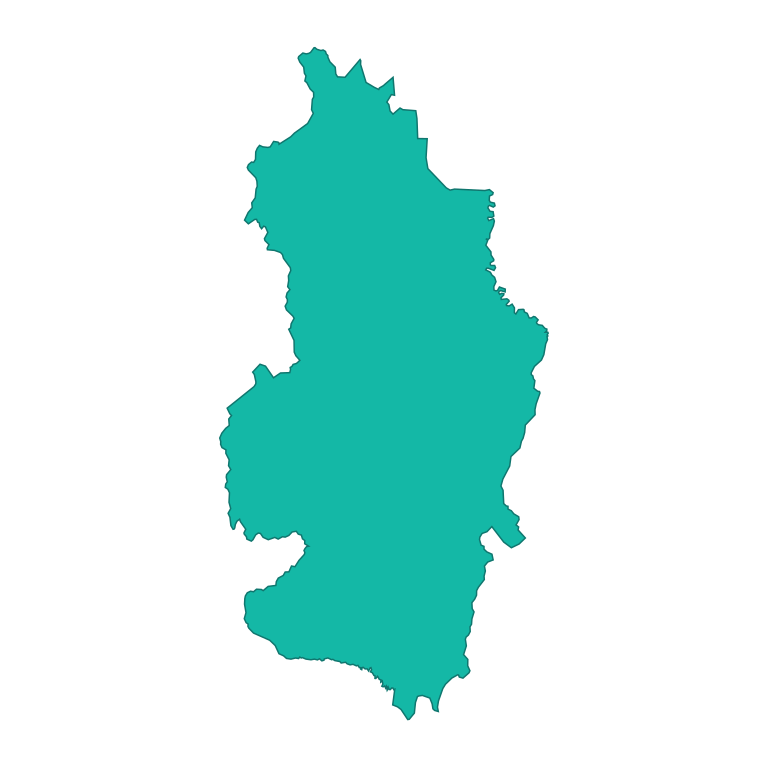 the district of Azangaro, Puno, Peru, rotated 181°
{"feature_id": "86281439B39141147012266", "entity_name": "Azangaro", "entity_type": "district", "adm_level": 2, "iso_a3": "PER", "parent_name": "Peru", "parent_adm1": "Puno", "projection": "robinson", "projection_center": [-70.147, -14.836], "detail": "fine", "context": "isolated", "style": "filled", "palette": "teal", "viewbox_px": 768, "rotation_deg": 181, "n_neighbors": 0, "source": "geoboundaries", "source_scale": "gbopen_adm2", "svg_char_len": 6110}
<svg xmlns="http://www.w3.org/2000/svg" viewBox="0 0 768 768"><g transform="rotate(181 384 384)"><path d="M519.6,146.9L517.7,143.0L515.7,141.6L515.8,139.2L514.8,137.4L510.1,132.7L493.8,125.8L488.2,120.6L484.3,112.5L479.7,110.5L476.7,107.9L472.2,107.3L467.6,108.5L464.6,108.0L463.4,109.5L462.0,108.6L460.8,109.0L457.3,107.6L452.2,107.0L448.8,107.7L445.7,107.0L443.7,108.1L441.3,106.1L439.2,106.8L438.9,108.1L435.3,109.1L431.6,107.4L430.3,107.8L428.4,106.6L423.2,105.7L422.0,104.3L417.5,105.1L416.0,103.6L413.0,102.6L410.1,103.2L406.7,101.7L405.1,102.2L403.7,100.0L402.3,100.0L402.4,98.6L401.3,98.0L400.9,99.9L400.0,100.4L397.9,98.8L395.9,98.9L394.4,96.8L393.0,99.8L392.1,100.2L391.4,98.2L392.6,96.0L390.6,95.1L389.0,92.4L387.8,91.9L387.9,89.5L387.1,89.4L385.3,91.6L383.5,88.5L381.9,88.2L382.0,85.9L380.6,87.1L379.9,84.0L380.9,81.8L379.6,81.2L378.0,82.1L377.1,80.0L376.3,81.7L375.5,77.9L374.6,79.6L375.2,80.9L374.7,81.5L373.5,78.6L372.3,78.6L371.0,80.2L369.7,80.1L368.9,78.5L367.9,79.0L369.7,63.3L364.9,61.5L361.3,58.9L354.4,48.9L352.9,49.2L347.9,55.5L347.0,66.1L345.1,72.1L343.7,72.7L340.2,73.3L332.7,70.8L330.3,65.1L329.4,60.1L327.7,58.5L324.0,57.5L324.9,61.9L324.0,68.1L319.9,80.5L317.3,84.9L311.0,91.2L305.3,94.5L304.4,94.3L303.6,92.3L299.9,91.3L294.0,96.7L293.1,98.8L295.4,103.7L295.4,110.1L299.7,114.8L297.1,123.6L298.2,130.2L297.5,132.4L295.2,134.5L293.5,138.0L293.8,142.7L292.3,145.3L292.0,150.7L290.0,157.7L291.9,160.9L292.3,166.9L289.6,170.4L287.8,174.4L287.8,179.0L286.1,182.4L280.3,190.2L280.6,193.6L279.4,198.8L280.4,203.7L277.2,207.8L271.8,210.0L273.1,215.7L278.2,217.9L281.1,220.6L281.2,223.4L284.1,224.6L285.8,230.1L285.5,232.6L283.3,236.3L278.5,238.1L273.7,243.3L261.5,228.0L253.8,222.5L246.1,226.4L240.0,232.5L247.4,240.4L246.9,243.4L249.5,245.4L246.6,250.8L247.0,253.6L251.9,256.4L254.5,259.5L257.8,261.1L257.9,263.9L259.6,264.2L262.2,266.5L263.1,279.8L265.3,284.0L263.5,291.0L256.9,304.2L255.8,313.7L247.0,322.4L245.6,329.1L244.0,332.2L242.5,338.0L242.0,345.4L232.4,355.9L232.6,361.0L231.5,366.9L227.9,377.7L228.4,379.2L230.2,379.4L234.1,382.4L233.2,390.0L234.6,391.7L235.3,394.7L236.9,396.0L237.0,397.8L233.9,404.2L227.0,410.7L224.7,416.1L223.0,427.0L221.3,431.2L221.8,434.2L221.0,434.9L221.8,435.9L220.7,437.7L221.2,438.7L223.6,438.6L222.2,440.3L222.1,441.7L224.2,442.5L226.8,445.4L230.6,445.9L232.3,447.2L232.6,448.4L231.0,450.8L234.0,453.7L235.6,454.1L237.8,452.6L240.0,452.6L242.0,457.1L244.9,458.5L245.4,460.8L246.2,461.1L250.8,460.7L253.4,456.3L254.9,457.5L254.9,462.4L257.3,466.1L260.3,464.2L262.9,464.6L263.1,465.7L260.3,469.0L260.7,470.0L262.6,471.3L268.2,470.6L268.5,472.3L265.9,475.0L265.7,476.3L267.8,476.7L269.9,475.7L271.0,477.5L270.5,478.7L268.8,479.4L264.5,478.2L264.4,481.0L270.3,483.0L272.1,479.6L273.6,479.0L275.7,479.8L275.9,483.3L273.8,488.2L275.3,492.6L278.1,494.9L279.6,497.6L284.3,499.9L283.4,501.5L282.1,501.7L276.0,499.5L274.5,502.2L275.4,504.4L279.1,504.4L279.8,505.1L279.8,507.1L276.5,509.1L276.4,510.5L279.2,514.8L279.4,518.0L284.6,524.5L282.8,529.5L284.7,530.9L282.3,530.4L280.9,531.8L280.8,536.1L277.4,544.2L276.5,548.8L277.4,551.2L282.0,549.2L283.3,551.6L282.7,552.6L279.0,552.5L277.1,553.8L277.9,558.2L281.0,558.5L283.2,561.9L282.8,563.6L281.7,564.4L277.8,562.8L276.1,564.1L276.8,566.8L280.9,567.7L282.0,569.6L281.8,573.8L278.7,575.3L278.2,577.2L282.0,580.2L286.5,579.2L316.9,580.1L321.3,579.0L325.2,581.2L343.9,600.1L345.9,611.0L345.1,630.0L354.6,630.0L355.7,650.0L357.0,657.8L369.9,658.6L372.8,660.2L379.7,654.0L382.7,657.1L384.0,663.4L386.1,665.9L381.7,673.5L378.5,672.9L380.3,690.8L390.1,682.1L393.8,679.9L394.4,678.4L398.8,680.4L407.2,685.2L413.0,703.1L412.9,706.8L413.6,708.0L428.3,690.0L435.8,690.3L437.6,693.2L438.3,699.9L443.7,705.2L445.8,709.7L445.9,711.5L447.5,713.0L448.3,715.5L450.7,716.9L452.9,716.3L457.0,717.5L458.9,719.1L459.8,719.0L463.2,714.3L464.9,713.3L467.5,712.7L470.9,713.5L475.0,709.9L475.5,708.3L473.8,704.4L469.8,699.4L469.0,693.3L467.4,690.7L468.4,685.6L466.4,683.9L462.9,677.6L459.5,674.4L459.3,669.7L460.6,667.4L461.2,657.0L459.4,653.4L464.9,643.1L477.9,633.3L481.6,629.5L493.1,621.9L493.2,623.2L494.2,624.0L498.6,624.6L501.9,619.1L504.2,618.5L509.3,619.0L512.6,620.4L514.8,617.5L516.3,613.8L516.4,606.3L518.2,603.3L520.3,603.6L523.3,601.0L524.5,598.1L523.3,595.5L515.8,588.0L514.6,584.5L514.2,579.4L515.3,576.6L516.0,567.9L519.4,562.8L518.8,558.0L522.8,553.1L526.3,545.4L522.4,541.8L516.1,546.3L514.3,546.4L513.1,543.6L511.6,543.1L510.9,539.5L509.1,537.1L507.0,539.7L505.3,539.0L502.8,533.5L506.1,527.2L505.5,525.3L501.5,521.4L503.2,517.7L502.9,516.2L495.9,515.7L489.8,513.7L487.8,511.6L486.7,507.9L479.7,498.7L479.2,495.8L481.5,490.4L481.1,485.8L482.0,479.6L479.7,476.7L482.5,473.3L483.4,469.3L482.1,466.8L482.1,464.1L484.2,460.1L482.8,456.4L476.3,450.3L475.0,448.1L477.9,442.5L478.3,438.4L480.2,437.1L474.7,426.0L474.3,414.3L472.6,410.7L468.5,406.2L471.9,403.0L475.2,402.0L476.4,399.9L478.1,398.9L477.7,396.8L478.4,393.7L487.7,393.2L494.6,388.3L502.8,399.8L508.3,401.6L515.5,393.6L513.8,391.2L512.1,383.9L512.2,381.9L513.9,379.1L540.4,357.1L537.6,351.5L535.9,349.8L538.6,346.3L538.0,339.8L541.5,336.9L545.3,332.0L547.3,327.1L546.2,323.5L546.3,320.8L544.9,317.6L540.9,315.4L540.9,311.9L537.5,305.5L538.0,299.6L535.7,295.8L539.8,290.6L540.1,288.1L539.0,283.5L540.5,281.2L540.9,277.8L538.3,276.1L536.6,272.6L536.9,263.0L535.1,256.7L537.6,252.0L535.7,248.0L534.6,239.7L532.4,236.1L531.4,236.3L530.7,237.5L530.2,240.9L528.6,244.3L526.0,246.3L525.2,243.9L519.7,236.4L521.4,232.7L521.2,231.6L518.9,228.9L518.4,226.5L513.9,224.6L512.3,226.0L509.7,230.9L507.1,232.8L504.9,232.4L502.2,228.6L497.0,226.3L490.5,228.7L487.1,227.1L482.9,229.5L480.1,229.2L476.5,230.9L473.2,234.5L469.1,235.2L467.1,232.4L464.0,231.5L462.8,227.8L460.5,226.1L460.5,222.9L456.5,220.5L458.6,220.0L460.1,218.1L461.1,216.1L460.2,214.2L460.6,212.3L465.9,206.2L469.8,199.8L473.3,200.4L475.8,194.5L479.5,194.3L481.4,190.8L486.3,188.1L488.2,184.6L488.6,180.7L496.3,179.6L501.2,175.3L503.0,176.4L507.9,176.6L510.8,174.0L513.8,174.5L517.0,172.9L518.9,169.7L519.4,167.0L519.6,161.5L518.0,153.0L519.6,146.9Z" fill="#14b8a6" stroke="#0f766e" stroke-width="1.5"/></g></svg>